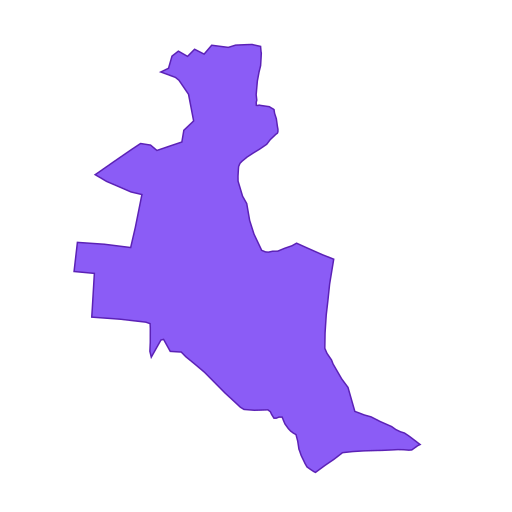 Al-Mussyab, Babil, Iraq (Mercator projection), rotated 185°
{"feature_id": "34846034B36938547090854", "entity_name": "Al-Mussyab", "entity_type": "district", "adm_level": 2, "iso_a3": "IRQ", "parent_name": "Iraq", "parent_adm1": "Babil", "projection": "mercator", "projection_center": [44.225, 32.8], "detail": "fine", "context": "isolated", "style": "filled", "palette": "violet", "viewbox_px": 512, "rotation_deg": 185, "n_neighbors": 0, "source": "geoboundaries", "source_scale": "gbopen_adm2", "svg_char_len": 2323}
<svg xmlns="http://www.w3.org/2000/svg" viewBox="0 0 512 512"><g transform="rotate(185 256 256)"><path d="M178.3,259.6L190.1,263.1L206.7,268.8L213.0,271.0L216.7,272.3L221.1,269.3L228.1,266.2L234.8,262.7L239.9,262.2L244.0,260.9L246.9,260.9L251.0,262.2L251.4,263.1L259.9,277.6L265.4,290.8L269.8,307.4L274.6,314.4L280.4,329.0L280.9,334.1L281.1,341.3L281.1,343.7L280.0,347.0L278.0,349.4L273.4,353.9L267.8,358.3L261.8,362.7L255.1,368.2L252.0,373.1L246.8,379.0L245.4,380.2L245.0,381.7L245.2,384.2L246.0,387.1L247.7,394.5L249.9,399.7L250.5,402.1L250.8,403.4L251.6,403.9L254.2,405.1L255.7,405.9L264.3,406.4L266.1,406.6L267.2,406.1L268.8,406.1L269.2,409.1L268.8,411.3L269.9,416.7L269.9,419.4L269.9,425.6L269.9,430.5L269.0,439.6L268.0,446.0L268.2,453.2L268.4,458.6L268.8,460.0L269.7,465.2L277.3,466.2L278.2,466.4L283.3,465.8L294.7,464.3L301.8,461.4L318.5,462.1L325.3,452.6L335.2,456.6L341.6,448.9L349.2,452.4L351.2,453.3L357.1,447.8L359.5,435.4L366.9,431.0L351.8,426.9L348.1,424.4L337.3,411.2L329.9,385.1L338.9,374.9L338.9,374.3L339.8,363.1L351.5,358.0L363.9,352.5L370.7,357.3L380.8,358.0L388.6,351.8L404.6,338.6L422.2,323.9L423.3,323.0L411.4,317.3L386.1,308.9L375.0,307.3L378.7,274.0L381.6,253.5L408.0,254.5L435.1,254.0L435.9,224.7L415.5,224.6L414.5,189.3L414.3,180.8L386.0,181.2L360.0,180.5L355.6,179.4L355.0,174.9L353.8,160.7L353.4,151.8L351.5,146.1L343.4,164.0L340.8,164.9L333.1,153.5L322.1,153.8L317.1,149.5L308.7,143.8L297.2,135.7L286.9,127.0L274.9,116.8L267.1,110.8L258.4,104.0L254.6,102.1L243.6,102.2L243.4,102.3L238.9,102.8L230.8,103.8L228.1,102.1L226.7,99.6L224.0,96.0L221.7,96.2L219.1,97.5L215.9,97.8L214.2,94.4L212.5,91.2L208.7,86.8L206.1,84.5L204.9,83.8L203.5,82.9L200.6,81.6L199.2,77.7L198.3,75.2L197.6,72.3L196.4,67.3L195.5,65.5L193.6,61.2L189.9,55.0L189.1,53.6L186.8,50.3L185.4,49.5L183.9,48.6L179.7,46.3L177.9,45.6L168.8,53.6L160.7,60.2L152.7,67.6L148.8,68.4L142.7,69.6L131.4,71.3L118.6,72.8L113.8,73.3L104.2,74.6L97.9,75.5L92.0,75.9L86.8,75.9L83.9,76.4L78.3,81.2L76.1,82.5L86.5,89.1L88.5,90.3L92.7,92.6L96.8,93.5L101.6,95.3L106.0,97.9L117.8,101.9L127.4,105.8L134.4,107.1L139.2,108.5L144.0,109.8L149.2,123.4L152.9,133.1L159.9,141.0L169.8,155.1L171.7,159.0L176.8,165.2L179.4,170.0L180.5,185.4L180.9,203.4L180.5,217.5L180.2,234.6L179.1,249.1L178.3,259.6Z" fill="#8b5cf6" stroke="#5b21b6" stroke-width="1.5"/></g></svg>